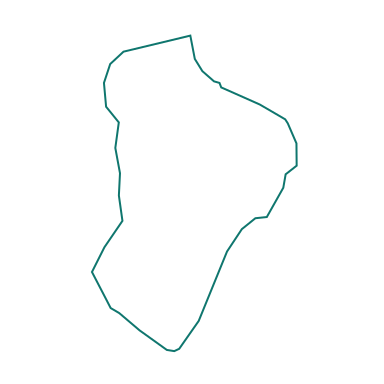 Santa Catarina Barahona, Sacatepéquez, Guatemala (Robinson projection), rotated 82°
{"feature_id": "79465075B35254467846514", "entity_name": "Santa Catarina Barahona", "entity_type": "district", "adm_level": 2, "iso_a3": "GTM", "parent_name": "Guatemala", "parent_adm1": "Sacatepéquez", "projection": "robinson", "projection_center": [-90.807, 14.557], "detail": "fine", "context": "isolated", "style": "outline", "palette": "teal", "viewbox_px": 384, "rotation_deg": 82, "n_neighbors": 0, "source": "geoboundaries", "source_scale": "gbopen_adm2", "svg_char_len": 593}
<svg xmlns="http://www.w3.org/2000/svg" viewBox="0 0 384 384"><g transform="rotate(82 192 192)"><path d="M36.9,171.9L43.5,240.3L53.9,255.2L71.7,264.0L95.6,265.2L112.9,254.8L137.7,261.8L163.4,260.7L185.3,264.9L210.9,264.9L234.5,286.4L257.3,302.2L285.3,292.3L295.6,288.7L301.8,280.9L321.8,263.1L344.9,238.9L347.1,231.7L345.5,226.5L320.6,203.3L255.8,165.6L235.7,147.8L226.8,132.9L227.2,121.4L200.5,101.0L187.5,96.8L180.5,84.7L158.4,81.8L137.3,87.6L133.0,89.6L114.8,112.7L92.5,148.5L87.8,149.6L85.5,154.8L73.8,164.9L60.6,170.7L36.9,171.9Z" fill="none" stroke="#0f766e" stroke-width="2"/></g></svg>